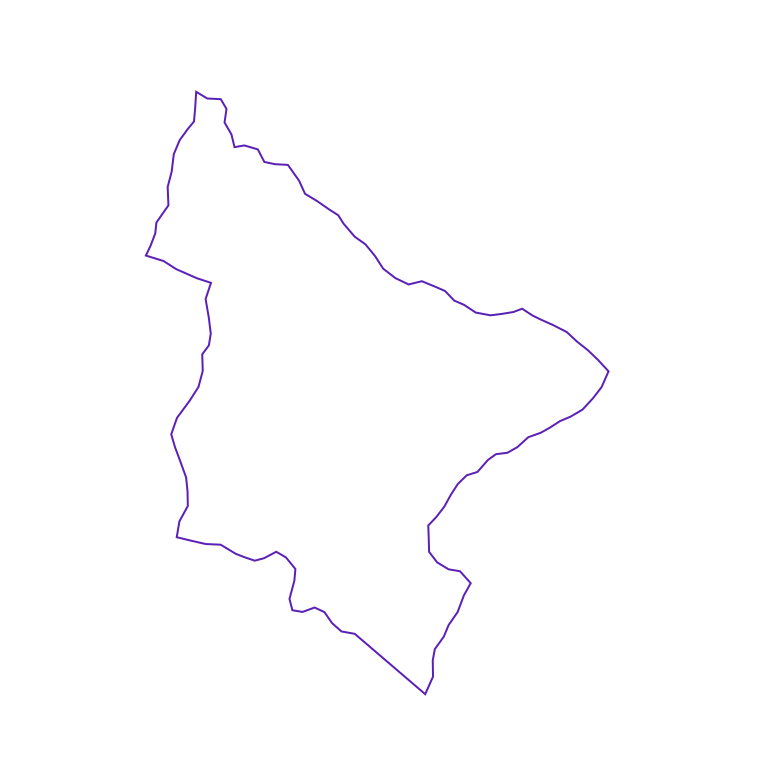 Júlio Mesquita, São Paulo, Brazil, rotated 173°
{"feature_id": "56859067B97647740758227", "entity_name": "Júlio Mesquita", "entity_type": "district", "adm_level": 2, "iso_a3": "BRA", "parent_name": "Brazil", "parent_adm1": "São Paulo", "projection": "natural_earth1", "projection_center": [-49.794, -21.975], "detail": "fine", "context": "isolated", "style": "outline", "palette": "violet", "viewbox_px": 768, "rotation_deg": 173, "n_neighbors": 0, "source": "geoboundaries", "source_scale": "gbopen_adm2", "svg_char_len": 1700}
<svg xmlns="http://www.w3.org/2000/svg" viewBox="0 0 768 768"><g transform="rotate(173 384 384)"><path d="M590.2,572.0L592.7,561.3L598.9,549.6L604.7,540.5L587.8,532.9L576.2,523.3L557.1,511.9L543.4,505.5L550.7,490.1L549.8,471.3L549.8,455.1L553.1,443.7L560.8,435.6L562.3,419.1L568.5,403.7L579.0,391.0L593.6,375.6L601.3,360.0L599.2,347.1L595.5,331.5L591.8,315.4L592.1,301.1L593.6,286.8L603.8,272.6L608.4,257.2L594.6,252.0L580.5,246.9L565.7,244.4L551.8,233.5L543.6,229.1L533.8,224.4L524.3,225.7L511.4,230.6L502.5,223.9L494.5,211.2L496.9,199.8L504.0,182.2L502.5,170.6L492.6,167.7L480.1,170.6L470.9,164.8L464.7,153.0L456.4,143.6L443.5,139.6L380.9,71.1L371.0,87.6L369.3,103.7L365.9,114.6L355.4,126.0L349.2,136.9L338.7,148.7L330.5,164.4L322.2,175.7L331.4,188.9L342.5,192.2L353.0,200.5L359.7,211.9L358.4,225.5L357.3,238.2L348.3,245.6L339.1,254.9L331.0,266.1L322.8,275.9L313.0,283.3L302.0,285.3L290.0,296.0L281.4,300.7L269.9,300.7L259.3,305.1L247.3,313.6L234.3,316.5L224.6,320.5L213.9,325.7L203.0,328.8L190.1,334.4L178.5,344.2L168.4,354.4L159.6,369.2L168.7,381.9L177.6,392.8L187.1,402.4L196.3,413.3L209.2,422.0L220.3,428.7L228.3,433.9L237.7,441.9L246.7,439.7L258.9,439.2L270.0,439.2L284.2,443.7L294.9,452.8L304.1,458.2L312.1,468.9L323.2,475.4L333.9,481.4L347.4,479.8L359.9,487.8L370.8,498.6L377.2,511.9L385.4,524.9L395.0,533.6L404.5,547.9L408.8,557.0L417.1,563.9L428.1,573.7L439.2,582.4L443.5,596.1L452.7,613.2L465.6,615.5L475.7,619.0L480.6,632.2L493.5,637.8L503.5,637.3L505.0,650.3L510.4,663.0L506.8,676.2L511.3,686.6L524.6,688.9L534.8,696.9L537.8,680.8L540.6,667.7L547.9,660.8L557.1,650.9L564.6,637.8L568.9,620.6L574.7,605.9L576.2,587.6L590.2,572.0Z" fill="none" stroke="#5b21b6" stroke-width="2"/></g></svg>